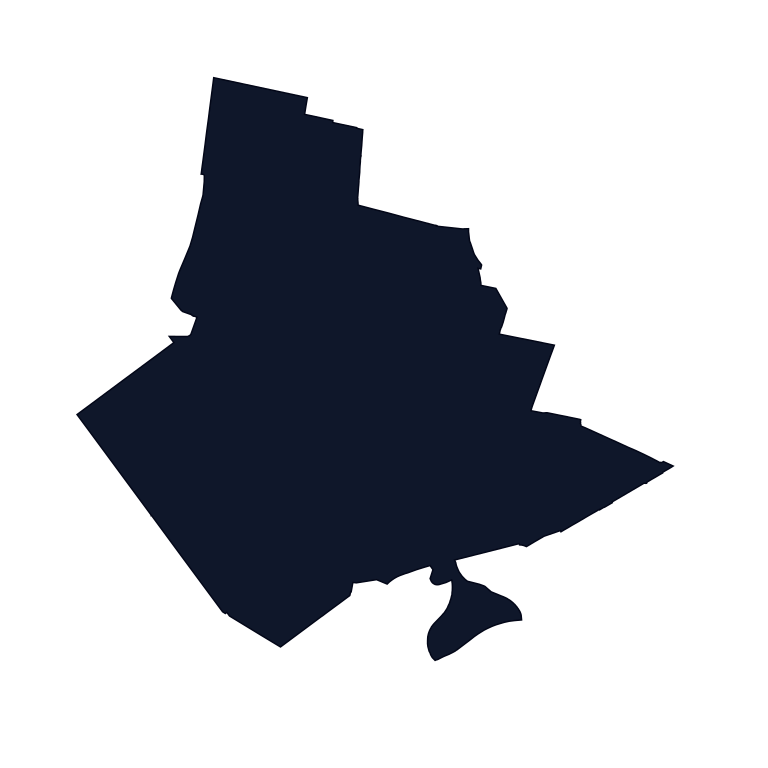 Waddinxveen, Zuid-Holland, Netherlands (orthographic projection), rotated 9°
{"feature_id": "6326949B29533481095238", "entity_name": "Waddinxveen", "entity_type": "district", "adm_level": 2, "iso_a3": "NLD", "parent_name": "Netherlands", "parent_adm1": "Zuid-Holland", "projection": "orthographic", "projection_center": [4.655, 52.044], "detail": "fine", "context": "isolated", "style": "filled", "palette": "ink", "viewbox_px": 768, "rotation_deg": 9, "n_neighbors": 0, "source": "geoboundaries", "source_scale": "gbopen_adm2", "svg_char_len": 6048}
<svg xmlns="http://www.w3.org/2000/svg" viewBox="0 0 768 768"><g transform="rotate(9 384 384)"><path d="M170.6,205.3L171.3,205.2L171.9,205.2L172.6,205.3L173.2,205.4L173.8,205.9L173.9,206.1L174.8,212.3L175.7,225.5L175.6,227.1L174.7,234.7L173.9,246.2L172.8,259.1L172.0,269.0L170.8,278.1L167.5,291.9L164.7,303.1L163.9,306.7L162.4,316.4L161.5,323.4L160.6,331.8L160.6,332.7L161.5,333.5L171.6,342.5L172.2,343.0L173.0,343.4L173.7,343.9L174.7,344.1L182.2,345.5L182.3,345.3L183.7,346.2L184.1,346.4L185.0,346.5L185.3,346.5L185.3,346.8L185.8,346.7L186.7,346.8L188.8,347.3L188.3,350.2L185.7,364.1L185.4,365.4L185.0,366.0L183.7,367.1L182.8,367.7L182.0,367.9L164.5,370.6L170.0,376.0L148.6,397.9L127.4,419.5L85.6,462.2L102.2,478.5L174.8,550.1L174.6,550.3L174.6,550.5L175.0,550.5L175.2,550.4L210.3,585.1L260.2,634.2L263.2,635.5L264.5,634.1L267.7,637.3L302.0,651.4L322.9,659.9L357.4,624.6L358.7,623.3L359.6,622.5L361.3,620.7L363.9,618.0L366.0,615.9L372.4,609.4L374.2,607.6L380.9,600.7L383.3,598.3L383.6,594.4L384.1,594.4L384.3,584.9L387.8,584.7L407.3,578.4L418.4,581.1L420.3,578.6L422.5,576.3L424.5,574.4L427.0,572.4L429.6,570.7L434.8,567.8L436.8,566.9L445.1,562.3L452.6,558.6L457.9,556.1L461.4,559.7L460.0,569.0L461.7,571.6L463.0,572.8L464.4,573.5L465.9,574.0L467.6,574.0L469.5,573.6L476.2,570.4L481.5,566.9L481.7,567.2L481.9,568.0L482.2,569.1L482.6,570.3L483.1,572.7L483.4,574.5L483.8,577.6L483.8,579.0L484.1,581.7L484.0,582.2L483.9,582.6L483.7,585.3L483.6,586.3L483.5,586.7L483.3,587.9L483.3,588.1L483.2,588.2L483.2,588.9L482.8,591.0L482.3,592.4L481.7,594.9L481.3,596.1L480.9,597.0L479.5,600.1L478.9,601.2L478.2,602.1L477.6,603.2L476.7,604.6L475.3,606.6L471.1,612.6L470.6,613.4L470.0,614.4L469.4,615.6L469.0,616.2L468.6,617.5L468.3,618.3L467.9,619.4L467.5,620.9L467.3,621.8L467.2,622.4L467.0,623.4L466.9,624.4L466.9,625.3L466.8,626.0L466.8,626.7L466.9,628.2L467.2,630.8L467.5,632.7L467.6,633.5L467.9,634.6L468.3,635.9L468.5,636.7L468.8,637.3L469.1,637.9L469.3,638.5L469.5,638.9L469.8,639.6L470.3,640.6L470.5,641.1L471.4,642.1L472.2,643.6L472.4,644.0L472.7,644.4L473.1,644.9L473.7,645.7L474.2,646.3L474.4,646.5L474.7,646.8L477.7,649.0L479.3,648.0L479.8,647.9L481.3,646.9L481.5,646.7L484.4,644.6L486.0,643.5L488.3,642.1L490.6,640.7L491.8,639.8L493.1,638.9L494.3,638.0L496.0,636.7L497.7,634.9L497.8,635.0L504.6,627.9L509.3,623.0L512.6,619.4L516.0,616.1L521.4,611.4L524.3,609.3L528.8,606.3L532.3,604.3L536.4,602.3L540.2,600.5L544.8,598.7L550.0,597.2L556.8,595.5L555.8,591.6L555.6,590.9L555.3,590.1L554.9,589.3L554.5,588.6L554.1,587.9L553.6,587.3L553.2,586.7L552.7,586.2L552.2,585.6L551.7,585.0L551.1,584.5L550.6,583.9L550.1,583.4L549.5,582.9L548.9,582.4L548.3,581.9L547.8,581.4L546.8,580.8L546.2,580.3L545.6,579.9L544.9,579.5L544.3,579.1L543.6,578.7L543.0,578.4L542.3,578.0L541.6,577.7L540.9,577.4L540.2,577.2L539.5,576.8L538.1,576.3L537.4,576.1L536.3,575.8L534.8,575.4L533.3,575.1L522.3,572.5L520.6,571.4L518.3,570.0L515.5,568.2L514.3,567.8L509.6,566.9L501.0,566.1L497.3,565.8L494.8,564.4L491.2,561.7L487.7,558.1L486.2,555.9L484.3,552.8L483.5,551.1L482.8,549.2L481.2,546.8L527.2,527.1L542.5,520.5L543.0,521.7L545.1,521.5L546.9,521.6L548.5,521.9L550.1,522.3L552.9,520.0L553.4,519.6L554.3,518.8L554.2,518.7L554.3,518.6L554.5,518.6L555.9,517.5L557.4,516.2L559.4,514.6L563.2,511.5L564.5,510.5L564.9,510.1L565.9,509.3L581.1,501.2L581.9,502.3L584.0,500.5L588.7,496.7L591.8,494.1L595.7,491.0L598.8,488.5L599.1,488.2L601.6,486.2L603.1,484.9L605.4,483.0L610.1,479.2L612.5,477.3L614.7,475.5L614.9,475.3L615.4,474.9L615.8,474.6L616.2,474.2L616.6,474.6L619.9,471.8L621.2,471.1L628.0,465.5L627.6,464.9L656.2,441.4L657.4,441.2L657.9,441.2L658.7,441.0L659.0,440.7L659.1,440.4L659.0,439.9L660.1,438.9L661.0,438.2L663.1,436.4L666.1,434.0L668.4,432.1L670.2,430.6L673.2,428.2L673.2,427.5L675.7,425.4L678.1,423.5L680.4,421.6L682.4,419.8L672.1,416.9L671.1,417.8L670.5,418.1L669.2,418.2L668.9,418.5L665.0,417.1L663.1,416.5L660.2,415.5L652.8,413.2L643.2,410.4L634.9,408.3L628.2,406.4L622.1,404.7L614.7,402.7L608.2,400.9L598.4,398.2L589.6,395.8L585.0,394.7L584.9,393.7L584.8,393.4L584.7,393.2L584.4,392.8L584.1,392.4L584.2,392.2L584.3,391.8L584.2,391.3L583.9,390.7L583.9,388.5L582.8,388.3L582.7,388.3L582.3,388.3L580.6,388.2L571.4,387.8L570.2,387.7L561.7,387.4L557.6,387.2L553.1,387.0L550.5,386.9L550.0,386.9L549.5,386.9L548.3,387.1L548.1,387.2L547.2,387.4L546.9,387.5L546.2,387.6L545.7,387.7L545.4,387.8L544.9,387.8L544.5,387.7L543.9,387.7L533.3,387.4L533.3,386.7L533.5,385.6L533.9,382.8L536.8,367.6L538.4,359.3L539.1,355.5L543.0,335.3L544.3,328.6L545.2,324.2L546.2,319.0L490.1,316.7L490.3,312.6L490.6,311.4L490.7,310.4L490.9,310.1L491.0,309.8L491.1,309.6L491.4,308.1L491.8,305.6L492.0,304.5L492.1,303.6L492.5,299.9L492.8,296.5L493.2,294.5L493.3,293.5L493.4,292.4L493.6,291.6L493.7,290.0L479.5,272.1L465.8,271.5L464.3,271.4L463.8,268.8L463.1,266.8L462.8,265.8L462.2,263.7L460.1,258.4L459.6,257.2L458.7,255.0L461.5,255.2L461.8,251.2L461.2,250.5L457.5,247.1L453.2,242.2L452.6,241.3L451.8,239.9L450.7,237.7L450.1,236.5L449.5,235.4L448.3,233.1L447.2,231.0L446.2,229.4L445.3,226.4L444.6,223.7L443.7,220.5L443.2,217.4L439.0,218.2L439.0,218.3L437.2,218.6L429.1,219.0L411.3,219.9L411.4,219.3L410.5,219.2L410.5,219.4L403.4,218.7L384.1,216.8L377.5,216.2L373.1,215.7L362.0,214.5L351.5,213.5L346.1,213.0L336.2,212.0L331.0,211.5L331.0,211.4L330.4,211.3L330.1,209.7L329.8,208.3L329.5,207.3L329.4,206.7L329.1,205.4L329.1,204.8L328.9,204.3L328.8,203.8L328.7,202.0L328.5,199.6L328.0,193.4L327.9,191.6L327.7,189.4L327.6,188.1L327.4,187.1L327.1,182.0L326.9,178.7L326.6,176.5L326.2,172.7L326.0,169.9L325.9,168.3L325.8,167.6L325.7,167.0L325.6,166.0L325.5,163.8L325.4,162.7L325.5,162.5L325.7,162.4L325.7,162.2L325.4,161.9L325.2,159.8L325.1,158.6L324.7,152.2L324.0,144.6L323.6,139.0L323.4,137.6L323.3,136.1L317.1,135.7L317.0,135.1L292.4,133.8L292.3,131.7L263.4,130.1L263.4,121.9L263.5,113.2L167.9,108.1L168.1,114.0L168.8,139.7L169.1,148.7L169.4,162.1L169.5,165.6L169.8,174.5L170.0,181.9L170.3,193.2L170.4,198.3L170.5,201.7L170.6,204.9L170.6,205.3Z" fill="#0f172a" stroke="#020617" stroke-width="1.5"/></g></svg>